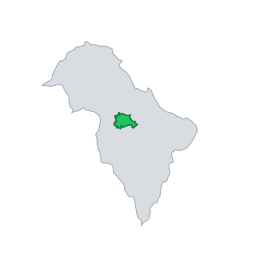 Bakala, Ouaka, Central African Republic (highlighted), rotated 69°
{"feature_id": "33826404B96667764649230", "entity_name": "Bakala", "entity_type": "district", "adm_level": 2, "iso_a3": "CAF", "parent_name": "Central African Republic", "parent_adm1": "Ouaka", "projection": "albers", "projection_center": [20.419, 6.598], "detail": "fine", "context": "in_parent", "style": "filled", "palette": "green", "viewbox_px": 256, "rotation_deg": 69, "n_neighbors": 0, "source": "geoboundaries", "source_scale": "gbopen_adm2", "svg_char_len": 6095}
<svg xmlns="http://www.w3.org/2000/svg" viewBox="0 0 256 256"><g transform="rotate(69 128 128)"><path d="M173.8,97.4L176.0,98.0L176.4,98.6L175.8,100.8L176.2,102.2L177.5,103.3L178.7,103.8L179.9,104.1L184.0,104.8L185.7,105.5L188.0,108.1L190.9,110.4L191.6,111.6L191.5,112.7L190.6,114.1L190.8,114.7L192.1,116.0L193.6,117.4L196.4,118.9L201.1,121.3L203.3,122.9L204.1,124.1L205.3,125.5L207.0,126.7L208.2,127.6L207.4,130.3L207.7,131.2L208.1,131.9L209.1,133.0L209.5,134.3L210.5,136.0L211.7,136.7L213.7,137.0L214.7,137.8L216.9,139.1L219.0,140.2L219.9,141.0L220.5,141.7L220.9,142.5L221.2,143.4L221.3,145.2L221.6,147.4L222.8,148.9L223.9,150.1L219.6,148.8L218.9,148.8L218.2,149.0L216.0,150.7L215.3,150.9L212.5,150.6L205.7,149.4L200.4,148.2L198.8,147.8L196.0,147.4L194.2,148.2L192.5,151.1L192.0,151.7L189.3,152.6L188.0,152.4L184.9,153.2L180.0,152.0L178.3,152.3L176.9,152.9L173.4,154.2L171.3,155.0L168.8,155.6L166.5,156.7L164.9,157.3L163.4,157.3L162.0,156.7L160.5,156.2L158.6,156.1L156.7,156.4L155.1,157.6L154.5,158.4L153.1,160.6L151.5,164.1L150.8,164.8L150.2,165.2L142.6,163.4L139.3,163.0L137.1,163.6L134.3,162.6L133.1,162.4L132.6,162.8L131.0,162.3L128.5,161.1L126.1,160.6L123.9,160.8L122.6,160.4L121.5,159.2L120.2,157.1L117.7,154.9L114.4,153.2L112.3,151.9L111.5,151.1L109.7,150.6L107.0,150.5L104.3,151.3L100.6,154.0L97.0,159.4L95.1,161.5L93.5,162.1L93.1,163.4L93.9,165.5L94.1,167.9L93.5,172.0L93.7,174.9L92.9,174.5L92.1,173.1L91.7,172.8L89.4,173.4L88.2,174.0L87.5,174.5L87.0,174.6L86.3,173.8L85.7,173.7L84.8,173.8L83.9,173.8L83.3,173.7L82.9,173.8L81.8,173.3L77.8,172.1L77.1,171.8L76.3,171.8L74.3,172.8L73.2,173.0L69.9,173.6L66.3,173.9L65.0,173.9L64.0,174.4L63.4,175.0L62.3,178.7L62.0,179.4L62.1,180.3L61.7,183.4L61.8,184.3L57.5,192.6L56.9,191.2L56.4,189.6L56.3,187.7L56.4,187.2L56.1,186.7L55.8,185.1L56.1,184.2L55.8,183.1L55.0,182.1L54.3,181.3L53.9,180.6L53.5,180.3L52.7,180.2L51.6,179.9L46.9,174.9L42.1,169.4L41.1,167.6L40.7,166.6L41.9,166.5L42.2,166.3L42.3,165.8L41.5,164.4L41.2,162.6L40.6,161.5L38.7,159.8L36.9,158.5L36.3,157.8L36.0,156.9L35.4,150.9L35.1,149.3L34.5,148.5L34.1,148.2L34.0,147.7L34.0,146.7L34.3,145.7L34.3,145.4L34.8,144.6L34.9,139.1L34.3,138.3L33.2,138.3L32.6,137.5L32.1,136.5L32.3,135.7L33.4,134.6L34.1,134.2L36.1,133.4L36.7,132.9L37.1,132.4L37.4,131.7L38.6,128.9L40.4,126.1L41.2,125.5L43.0,121.4L43.5,120.3L43.8,119.3L44.4,118.4L46.3,117.0L47.9,114.6L49.5,114.7L51.1,115.1L53.2,115.4L54.9,114.9L56.0,113.9L61.1,112.3L61.5,111.0L62.3,110.3L63.2,109.7L63.6,109.6L63.6,110.1L64.2,111.5L65.4,112.8L67.1,114.3L67.6,114.3L68.6,113.1L71.3,112.4L72.0,112.1L73.9,110.5L76.2,109.5L77.5,109.1L79.8,108.0L81.5,108.2L84.1,108.0L88.5,107.5L91.7,107.3L93.3,107.1L93.7,106.9L94.3,105.3L94.8,104.9L96.0,104.2L98.3,101.8L99.9,99.8L100.3,99.1L100.6,99.0L101.3,98.1L100.7,97.2L98.0,95.4L98.1,95.2L97.9,94.9L98.1,94.6L99.1,93.9L100.4,93.1L101.9,92.8L105.6,92.8L108.8,92.7L109.5,92.7L112.0,92.3L113.7,91.9L115.5,91.1L119.4,91.1L122.7,89.0L123.7,88.6L124.1,88.2L124.2,87.9L125.7,87.0L127.5,85.2L128.8,83.6L129.2,82.5L132.9,78.6L134.2,78.7L134.9,78.2L136.3,75.6L136.8,75.1L138.3,74.7L139.0,73.9L139.7,72.8L139.7,71.3L139.4,70.2L139.4,69.7L139.7,69.2L140.3,68.7L143.2,67.3L143.9,66.6L144.3,66.0L145.1,65.9L145.9,65.9L146.5,65.6L147.1,64.9L149.1,64.1L150.9,63.4L152.8,63.7L156.2,64.5L157.3,66.3L157.8,67.0L162.1,71.3L162.9,72.3L165.0,75.5L166.3,77.6L167.8,80.7L168.0,82.3L167.8,83.8L167.5,87.8L167.1,89.0L165.3,91.2L165.2,92.2L165.6,93.0L166.2,93.3L166.5,93.7L166.3,95.6L167.0,96.4L168.4,96.8L172.0,97.2L173.8,97.4Z" fill="#d9dde1" stroke="#a8b0b8" stroke-width="1"/><path d="M128.0,117.9L127.9,117.9L127.4,118.8L127.0,119.0L126.6,119.1L126.2,119.5L125.8,119.5L125.5,119.2L125.3,119.3L125.0,119.1L124.4,119.2L124.2,119.7L124.0,120.5L123.8,120.9L123.4,121.1L123.0,121.8L122.6,121.9L122.0,121.8L121.6,122.2L121.3,122.3L121.0,122.5L120.8,122.6L120.5,122.2L120.3,122.2L120.3,122.4L120.2,122.4L120.0,122.5L119.8,122.4L119.6,122.5L119.4,122.5L119.1,122.4L118.7,122.3L118.4,122.3L118.2,122.4L117.9,122.3L117.6,122.0L117.4,121.8L116.9,121.8L116.6,121.4L116.5,121.9L116.6,122.3L116.7,122.6L116.6,122.9L116.5,123.4L116.2,123.5L116.1,124.2L115.9,124.7L115.1,125.3L114.9,126.0L114.5,126.2L114.1,126.6L113.8,126.9L113.4,127.2L113.1,127.5L112.5,128.3L112.3,128.8L112.4,129.7L112.7,130.6L112.7,131.0L112.3,130.9L111.9,130.6L111.4,130.5L110.6,130.6L110.6,130.8L110.6,131.2L111.0,131.6L111.6,131.9L112.2,132.1L112.6,132.5L112.6,132.8L112.1,134.0L112.1,134.4L112.4,134.6L112.4,134.9L112.3,135.0L112.0,135.2L111.9,135.4L112.0,135.6L112.1,135.9L112.2,136.0L112.3,136.1L112.6,136.2L112.8,135.9L113.0,135.8L113.1,135.7L113.3,135.7L113.4,135.4L113.6,135.3L113.8,135.5L113.8,135.8L113.9,136.0L114.0,136.2L114.4,135.9L114.9,136.1L115.2,136.0L115.3,135.8L115.5,136.0L116.1,136.4L116.3,136.5L116.7,136.5L116.8,136.7L116.9,136.9L117.3,136.4L117.4,136.2L117.7,136.2L118.1,136.6L118.0,137.1L118.2,137.3L118.4,137.7L118.2,138.0L118.1,138.3L118.0,138.7L118.1,138.8L118.5,138.8L118.8,139.0L119.2,139.5L119.5,139.5L119.7,139.4L119.8,139.3L120.0,139.2L120.2,139.3L120.3,139.5L120.5,139.5L120.9,139.5L121.3,139.5L121.4,139.4L121.3,139.1L121.8,138.6L121.7,138.5L121.8,138.2L121.8,137.7L122.0,137.5L122.2,137.4L122.7,137.4L123.1,137.4L123.0,137.6L123.2,137.9L123.4,138.2L123.5,138.4L123.7,138.5L123.9,138.4L124.0,138.3L123.9,138.1L123.9,137.9L124.1,137.8L124.1,137.6L123.9,137.4L124.4,136.5L125.2,135.7L125.5,135.5L125.5,135.1L125.3,134.9L125.1,134.6L124.2,133.9L124.3,133.9L125.0,134.2L125.6,134.6L125.5,134.3L125.1,133.9L124.9,133.7L124.1,132.7L123.7,132.7L123.8,132.6L124.6,132.5L125.5,132.2L125.5,130.4L125.5,128.3L125.5,126.9L125.5,126.6L125.6,126.4L125.8,126.2L125.6,125.9L125.6,125.5L125.8,125.3L125.8,125.0L125.8,124.9L125.6,124.7L125.7,124.4L125.7,124.2L125.8,124.1L126.0,124.0L126.4,123.8L126.5,123.6L126.9,123.7L127.1,123.5L127.3,123.6L127.5,123.6L127.7,123.4L127.9,123.2L128.0,123.2L128.1,123.3L128.1,123.2L128.3,123.0L128.5,122.9L128.8,123.0L129.1,123.1L129.3,123.2L129.3,123.3L129.4,123.2L129.5,123.1L129.8,123.0L129.9,122.9L129.4,121.6L128.8,120.1L128.4,118.7L128.0,117.9Z" fill="#22c55e" stroke="#15803d" stroke-width="1.5"/></g></svg>